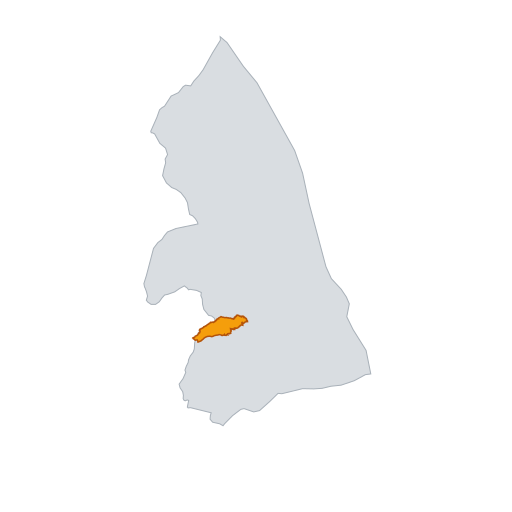 location of Salayea, Lofa, Liberia, rotated 213°
{"feature_id": "62588387B29328841835384", "entity_name": "Salayea", "entity_type": "district", "adm_level": 2, "iso_a3": "LBR", "parent_name": "Liberia", "parent_adm1": "Lofa", "projection": "orthographic", "projection_center": [-9.631, 7.472], "detail": "fine", "context": "in_parent", "style": "filled", "palette": "amber", "viewbox_px": 512, "rotation_deg": 213, "n_neighbors": 0, "source": "geoboundaries", "source_scale": "gbopen_adm2", "svg_char_len": 6263}
<svg xmlns="http://www.w3.org/2000/svg" viewBox="0 0 512 512"><g transform="rotate(213 256 256)"><path d="M95.5,219.6L99.6,216.1L105.7,204.9L114.3,194.0L122.2,187.6L128.5,181.0L135.2,176.0L144.7,170.1L159.3,154.6L162.7,152.8L165.1,142.0L168.8,128.3L173.0,124.0L182.9,121.5L185.2,119.1L188.7,109.4L191.0,98.2L191.2,95.7L195.1,95.5L201.8,93.0L205.6,94.1L207.4,97.4L208.2,100.1L228.4,93.1L230.2,91.6L231.3,91.9L233.8,98.2L235.3,97.8L236.5,96.0L237.8,95.8L239.4,96.7L241.0,99.6L243.6,102.3L247.9,104.1L250.7,106.7L250.4,113.5L251.5,120.1L253.4,121.6L254.4,125.5L254.9,129.8L256.0,132.1L256.7,136.4L256.3,141.1L257.1,144.4L260.3,150.1L262.3,157.2L262.4,162.3L261.2,167.6L259.1,172.5L255.3,177.8L255.0,179.9L257.2,181.2L260.6,181.5L263.4,180.4L270.6,182.8L274.4,186.3L277.7,190.7L280.7,192.8L282.0,195.6L287.1,194.8L293.0,192.2L294.2,190.9L296.0,191.6L299.8,191.9L302.4,187.1L304.6,181.7L309.1,175.8L311.4,173.5L312.0,169.7L312.2,164.9L313.9,160.7L317.6,158.3L321.7,158.4L323.9,159.2L325.1,163.3L328.4,166.4L331.2,168.5L332.7,169.4L335.0,171.8L337.3,180.0L346.1,206.6L345.6,213.9L343.9,218.7L343.9,223.4L343.3,228.0L338.0,235.6L322.2,251.2L323.4,252.5L327.2,254.3L331.1,255.2L334.2,254.7L338.2,258.6L342.5,263.4L347.0,266.0L353.5,268.2L359.2,268.4L364.0,267.5L370.9,268.5L378.1,272.5L380.7,279.1L382.5,284.9L385.0,287.8L385.4,292.9L390.6,297.2L398.0,298.1L407.5,303.2L410.0,302.9L411.0,302.3L412.2,303.3L414.6,318.2L416.5,326.1L415.6,329.3L414.3,331.8L414.3,343.9L410.0,350.8L409.3,358.4L408.1,360.9L403.4,363.1L403.4,368.9L402.2,376.0L401.8,383.4L403.1,403.0L403.4,417.6L405.5,420.4L396.5,419.2L369.9,408.2L349.5,401.8L281.0,365.5L262.0,350.8L240.1,329.0L191.5,285.1L180.4,278.0L166.4,274.5L157.8,270.8L151.7,266.7L146.8,254.5L134.6,247.2L112.3,236.8L95.5,219.6Z" fill="#d9dde1" stroke="#a8b0b8" stroke-width="1"/><path d="M232.0,186.1L232.0,186.8L231.6,187.2L231.7,187.8L231.6,188.3L231.5,188.5L231.4,188.5L231.5,189.0L231.4,189.2L231.3,189.3L231.2,189.4L231.0,189.5L230.9,189.9L230.2,190.6L229.7,190.6L229.4,190.7L229.6,190.9L229.9,191.1L229.9,191.5L230.1,191.4L230.3,191.3L230.5,191.3L230.8,191.5L231.0,191.6L231.1,192.0L231.4,192.2L231.5,192.3L231.6,192.5L231.5,192.8L231.3,192.7L231.0,192.5L230.8,192.5L230.6,192.6L230.3,192.4L230.2,192.5L229.6,193.1L229.5,193.7L229.5,193.8L229.3,193.9L229.3,194.5L228.7,195.3L228.6,195.8L228.6,196.0L228.5,195.9L228.3,195.8L228.2,195.7L228.0,195.9L227.4,196.3L227.5,196.4L227.5,196.5L227.7,196.8L227.8,196.8L228.3,197.1L228.8,197.0L229.1,197.2L229.3,197.4L229.3,197.5L229.5,198.1L229.6,198.3L229.6,198.2L230.0,198.2L230.3,198.2L230.6,198.3L230.8,198.3L231.0,198.1L231.3,198.1L231.5,198.1L231.9,198.4L232.0,198.4L232.4,198.4L232.5,198.2L232.7,197.9L232.8,198.0L233.0,198.1L233.4,198.6L233.8,198.6L234.0,198.4L234.4,198.0L234.9,198.1L235.0,198.0L235.0,197.8L235.0,197.5L235.1,197.2L234.9,197.0L235.0,196.9L235.5,196.9L235.9,197.1L236.1,197.2L236.4,197.0L236.5,196.7L237.1,196.5L237.4,196.6L237.6,196.7L237.9,196.8L238.0,196.8L238.3,196.6L238.5,196.6L238.9,196.5L239.0,196.4L239.2,196.2L239.3,196.2L239.6,196.2L239.9,195.8L239.8,195.7L239.6,195.2L239.6,194.7L239.9,194.7L240.0,194.4L240.3,194.2L240.3,193.9L240.4,193.6L240.5,193.3L240.1,193.3L240.1,193.2L240.0,192.9L240.2,192.6L240.3,192.5L240.5,192.3L240.6,191.9L240.2,191.7L240.3,191.0L240.3,190.9L240.5,190.8L240.9,190.8L241.2,190.8L241.3,190.8L241.5,190.6L241.7,190.4L241.9,190.5L242.0,190.5L242.5,190.2L243.3,190.1L243.5,190.1L245.0,189.1L245.5,189.1L245.7,188.9L246.4,188.5L246.9,188.5L247.2,188.4L247.4,188.1L247.7,187.9L248.3,187.6L248.5,187.5L248.7,187.3L249.0,187.1L249.3,187.0L249.7,187.0L250.1,186.8L250.3,186.7L250.5,186.5L250.7,186.4L251.0,186.4L251.5,186.3L251.9,186.2L252.0,186.1L252.2,185.8L252.4,185.9L252.5,185.6L252.8,185.0L253.4,184.0L253.5,183.7L253.7,183.1L253.4,182.9L253.8,182.7L254.0,182.2L254.1,181.4L254.3,181.5L254.3,181.1L254.5,180.4L254.3,180.0L254.5,179.7L254.9,179.6L254.6,179.1L254.9,178.6L255.0,178.4L254.9,178.2L255.3,177.9L255.5,177.1L256.1,177.1L256.3,176.9L256.7,176.7L256.8,176.4L257.1,176.1L257.2,175.9L257.6,175.9L257.8,175.4L258.0,175.4L257.9,175.0L258.5,174.2L258.4,173.8L258.7,173.3L258.8,172.7L259.2,172.4L259.7,170.8L259.8,170.3L259.9,169.9L260.4,169.7L260.6,168.8L261.1,168.4L261.3,167.9L261.1,167.5L261.4,166.9L261.6,166.6L261.7,166.1L262.2,165.7L262.6,165.2L262.5,164.5L263.2,164.0L263.1,163.0L262.6,163.1L261.9,162.5L261.8,161.9L261.6,161.7L261.8,161.2L261.5,160.7L262.1,160.1L261.8,159.7L262.0,159.0L261.9,158.2L262.0,157.5L262.6,156.8L262.8,156.3L263.3,155.7L263.2,154.5L263.9,153.7L264.1,153.4L263.5,153.4L263.5,152.9L263.3,152.8L263.2,152.6L263.3,152.5L262.2,152.5L261.5,152.3L261.2,152.2L260.5,152.9L259.9,153.3L259.5,153.6L258.5,152.9L257.8,152.2L257.6,152.4L257.3,152.7L257.3,152.8L257.2,153.0L256.8,153.5L256.6,153.8L256.3,154.2L256.1,154.6L255.9,155.0L255.8,155.4L255.7,155.4L255.7,155.6L255.4,156.4L255.4,156.6L255.0,157.6L254.9,158.3L254.9,158.6L254.6,159.3L254.2,160.3L253.0,162.0L252.9,162.1L252.6,162.4L252.0,162.8L251.6,163.2L251.5,163.3L250.5,163.8L249.1,164.3L248.9,164.6L248.3,165.2L248.1,165.7L247.8,166.2L247.2,166.9L245.9,168.2L245.1,168.8L244.7,169.2L244.2,170.0L243.2,170.4L242.2,170.8L241.5,170.7L240.9,171.1L240.6,171.3L240.5,171.7L240.2,171.9L240.0,172.0L239.8,172.2L239.8,172.8L239.7,172.9L239.7,173.0L239.0,172.5L238.5,172.8L238.4,172.9L237.8,173.1L237.7,173.5L237.8,173.9L237.1,174.3L236.9,174.4L237.2,174.5L237.3,174.6L237.4,174.8L237.4,175.1L237.5,175.3L237.2,175.6L236.9,175.8L236.8,176.0L236.5,176.0L236.4,176.0L236.1,176.2L235.9,176.3L235.8,176.8L235.6,176.9L235.4,177.0L235.5,177.4L235.2,177.6L235.8,178.2L235.9,178.9L236.0,179.2L235.9,179.4L235.9,179.5L236.4,179.6L236.5,179.7L236.8,179.9L236.9,180.0L236.5,180.3L236.7,180.7L236.7,180.8L237.2,181.0L237.4,181.1L237.5,181.2L237.7,181.3L237.1,181.6L236.9,181.6L236.4,181.5L236.1,182.1L235.6,182.0L235.5,181.9L234.8,182.2L234.7,182.2L234.7,182.3L234.8,182.6L235.1,182.5L235.1,182.8L235.0,183.0L234.9,183.4L235.0,183.6L234.8,183.9L234.5,183.9L234.7,183.7L234.6,183.3L234.3,183.2L234.4,183.4L234.4,183.7L234.3,184.0L233.9,184.0L233.6,183.9L233.5,184.0L233.3,184.1L233.8,184.1L233.9,184.3L233.9,184.5L233.4,184.6L232.9,184.8L232.8,185.1L232.5,185.3L232.4,185.4L232.1,185.8L232.0,186.1Z" fill="#f59e0b" stroke="#b45309" stroke-width="1.5"/></g></svg>